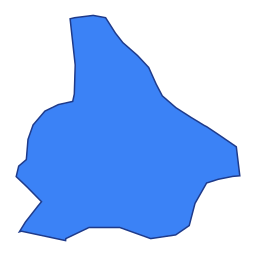 outline of Hanam-si, Gyeonggi, South Korea
{"feature_id": "91817680B2886775060222", "entity_name": "Hanam-si", "entity_type": "district", "adm_level": 2, "iso_a3": "KOR", "parent_name": "South Korea", "parent_adm1": "Gyeonggi", "projection": "robinson", "projection_center": [127.209, 37.523], "detail": "fine", "context": "isolated", "style": "filled", "palette": "blue", "viewbox_px": 256, "rotation_deg": 0, "n_neighbors": 0, "source": "geoboundaries", "source_scale": "gbopen_adm2", "svg_char_len": 649}
<svg xmlns="http://www.w3.org/2000/svg" viewBox="0 0 256 256"><path d="M239.8,175.8L236.3,146.8L219.1,135.0L206.7,126.7L204.3,125.5L190.7,117.2L175.9,107.7L162.3,95.9L156.1,84.0L148.7,67.5L137.6,55.6L122.8,42.6L115.4,33.1L105.6,17.7L93.2,15.4L74.7,17.7L70.1,18.8L75.2,65.0L74.3,94.1L72.7,101.4L58.3,104.6L44.9,111.1L33.1,124.9L28.0,139.4L26.6,156.4L26.3,159.6L18.7,166.1L16.2,176.6L27.2,187.1L41.5,201.7L38.1,205.8L25.5,221.9L19.4,231.8L21.5,231.2L65.6,240.6L65.8,238.6L89.0,227.5L119.8,227.5L150.7,238.6L175.7,234.9L189.2,225.6L195.0,203.4L206.6,183.0L218.2,179.3L232.7,176.4L239.8,175.8Z" fill="#3b82f6" stroke="#1e3a8a" stroke-width="1.5"/></svg>